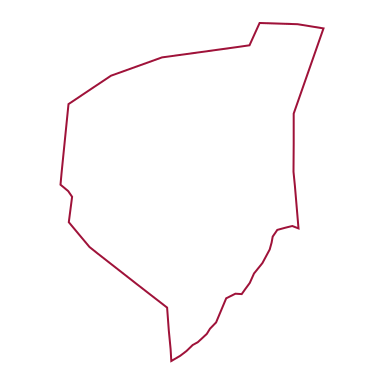 outline of Francisco Macedo, Piauí, Brazil
{"feature_id": "56859067B83618193762554", "entity_name": "Francisco Macedo", "entity_type": "district", "adm_level": 2, "iso_a3": "BRA", "parent_name": "Brazil", "parent_adm1": "Piauí", "projection": "orthographic", "projection_center": [-40.779, -7.331], "detail": "fine", "context": "isolated", "style": "outline", "palette": "rose", "viewbox_px": 384, "rotation_deg": 0, "n_neighbors": 0, "source": "geoboundaries", "source_scale": "gbopen_adm2", "svg_char_len": 696}
<svg xmlns="http://www.w3.org/2000/svg" viewBox="0 0 384 384"><path d="M68.5,104.1L61.6,172.6L60.5,184.7L68.2,191.1L72.1,196.8L68.8,222.2L79.2,234.7L89.5,247.0L97.5,253.4L136.0,283.5L167.1,307.6L168.8,330.5L170.6,349.1L171.3,361.0L180.2,355.8L186.5,351.0L192.7,345.0L197.8,342.2L206.8,333.9L210.0,328.7L216.1,322.4L226.2,298.3L235.4,293.7L241.7,294.1L245.1,289.3L249.8,282.9L254.0,273.5L262.4,263.1L269.7,249.5L271.6,242.6L272.7,236.6L277.3,229.9L285.0,227.8L292.2,226.0L298.5,228.4L294.9,185.9L293.5,171.8L293.7,143.8L293.7,123.4L293.7,113.6L323.5,28.4L297.6,24.2L259.6,23.0L249.5,45.3L236.9,47.1L162.0,57.4L111.0,75.7L94.2,86.9L68.5,104.1Z" fill="none" stroke="#9f1239" stroke-width="2"/></svg>